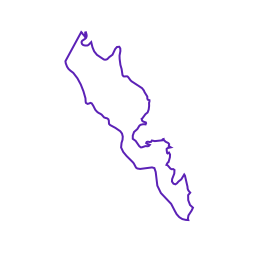 map outline of Surigao del Sur (Natural Earth projection), rotated 344°
{"feature_id": "PHL-2594", "entity_name": "Surigao del Sur", "entity_type": "Province", "adm_level": 1, "iso_a3": "PHL", "parent_name": "Philippines", "parent_adm1": "", "projection": "natural_earth1", "projection_center": [126.161, 8.696], "detail": "fine", "context": "isolated", "style": "outline", "palette": "violet", "viewbox_px": 256, "rotation_deg": 344, "n_neighbors": 0, "source": "natural_earth", "source_scale": "10m", "svg_char_len": 2564}
<svg xmlns="http://www.w3.org/2000/svg" viewBox="0 0 256 256"><g transform="rotate(344 128 128)"><path d="M109.5,22.9L110.1,24.0L110.3,25.1L111.2,26.7L111.6,28.0L112.9,25.5L113.2,24.4L113.9,24.4L113.9,26.6L113.7,27.9L113.3,28.8L112.4,29.9L111.2,30.5L108.0,31.5L107.0,32.6L106.9,34.4L107.6,35.7L108.7,36.5L110.1,37.1L112.0,37.5L113.2,37.1L116.3,35.3L116.1,40.6L116.6,45.0L118.3,49.1L123.6,55.4L124.4,55.9L125.6,56.2L127.1,56.1L129.5,54.7L133.3,53.3L137.4,48.6L139.7,47.1L142.0,47.5L142.5,49.4L141.9,51.9L139.8,56.1L139.0,59.3L138.1,65.2L138.1,69.6L137.3,75.6L137.9,77.1L139.1,77.6L140.5,77.8L141.7,78.3L142.3,79.4L143.5,82.7L144.3,84.1L152.5,93.6L153.6,96.4L153.8,98.1L155.2,103.1L154.7,105.0L154.8,106.2L156.3,107.2L156.0,108.3L155.4,109.3L155.2,109.5L154.4,112.6L153.0,115.9L151.1,118.5L148.6,119.5L144.3,122.8L143.6,123.0L143.6,124.9L144.5,126.1L146.7,127.6L146.7,128.4L146.3,128.7L146.2,128.8L146.2,129.0L145.9,129.4L144.5,128.8L143.3,128.5L140.9,128.4L139.5,129.0L136.7,131.6L132.7,133.5L130.5,136.6L129.6,139.7L131.8,142.5L133.8,148.5L135.0,150.2L136.0,150.4L139.7,150.2L142.0,151.0L143.0,151.0L144.3,150.2L142.1,148.5L141.3,147.5L142.1,146.6L143.3,146.6L144.8,147.4L146.3,147.7L147.5,146.6L150.1,148.0L157.6,149.3L157.5,149.1L157.8,148.7L158.4,148.4L159.1,148.4L159.0,148.7L159.4,149.8L160.3,151.5L162.6,153.6L163.1,154.9L162.2,156.6L162.7,157.0L163.2,157.8L163.8,158.4L160.8,158.2L159.5,158.6L159.1,159.7L158.7,162.8L159.1,163.4L160.6,162.9L161.1,165.1L160.2,167.7L157.6,171.9L157.0,172.0L155.7,173.0L154.8,174.1L155.6,174.6L156.0,175.2L157.6,178.7L158.5,179.6L160.2,180.0L161.1,181.2L159.9,184.6L156.3,189.3L155.5,191.6L156.4,194.1L158.1,195.2L159.9,194.6L161.7,193.4L165.1,192.0L169.2,188.2L169.6,189.5L169.0,200.8L168.6,202.8L168.8,204.7L170.0,207.3L167.3,209.1L166.0,213.9L166.4,219.1L168.5,222.5L166.4,224.9L162.0,228.7L160.6,231.6L160.6,233.1L158.3,232.3L155.1,230.5L152.7,227.8L151.0,224.3L150.1,220.4L148.6,212.9L141.7,199.6L140.3,191.5L142.5,177.9L142.3,173.8L140.2,172.5L128.4,170.7L125.8,169.5L124.8,168.3L123.8,163.6L123.3,162.4L118.9,154.5L116.8,149.7L116.0,144.8L117.7,140.5L119.5,137.8L120.6,134.8L120.7,131.7L119.7,129.0L115.9,124.4L111.6,120.2L110.9,118.8L111.2,117.3L111.6,115.7L111.5,114.1L110.4,112.8L109.1,112.1L107.9,111.2L106.3,107.8L105.1,106.5L103.8,105.3L102.7,103.8L101.6,101.5L100.7,96.9L99.9,94.3L98.8,93.5L97.3,93.7L95.8,93.7L94.5,92.3L94.5,91.3L95.3,87.7L95.3,80.4L94.6,73.2L93.1,66.3L90.6,59.9L88.5,57.1L87.1,54.8L86.3,52.2L86.0,48.6L86.3,46.5L109.5,22.9L109.5,22.9Z" fill="none" stroke="#5b21b6" stroke-width="2"/></g></svg>